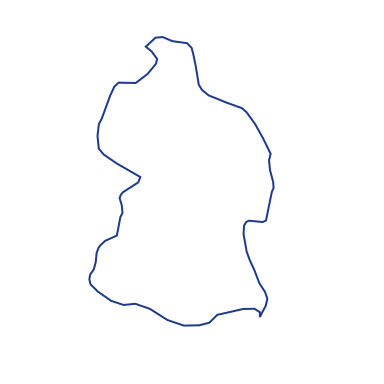 map outline of Rwanda (orthographic projection), rotated 115°
{"feature_id": "RWA", "entity_name": "Rwanda", "entity_type": "country or territory", "adm_level": 0, "iso_a3": "RWA", "parent_name": "Africa", "parent_adm1": "", "projection": "orthographic", "projection_center": [29.912, -1.936], "detail": "fine", "context": "isolated", "style": "outline", "palette": "blue", "viewbox_px": 384, "rotation_deg": 115, "n_neighbors": 0, "source": "natural_earth", "source_scale": "50m", "svg_char_len": 1136}
<svg xmlns="http://www.w3.org/2000/svg" viewBox="0 0 384 384"><g transform="rotate(115 192 192)"><path d="M153.8,119.8L158.1,119.7L186.5,112.9L189.3,115.1L193.9,128.2L196.3,130.2L200.3,130.6L208.2,127.6L222.9,117.3L229.2,111.0L236.7,102.2L246.3,92.3L251.7,83.6L256.9,78.6L263.8,77.1L271.4,77.5L276.6,77.6L272.3,79.7L271.4,86.0L276.4,96.2L292.7,117.2L303.1,121.0L309.8,129.2L316.5,142.9L318.4,160.1L315.7,180.8L317.3,196.2L323.3,206.3L324.8,219.4L322.0,235.4L318.5,245.0L314.4,248.2L309.8,249.4L303.5,248.3L295.9,249.7L287.5,252.7L282.3,253.1L279.1,252.6L272.9,250.0L263.2,241.7L245.1,246.3L240.2,246.2L233.6,250.1L228.2,255.0L224.9,255.3L221.6,254.6L206.0,244.8L200.3,245.2L197.9,272.7L195.3,288.0L192.1,294.8L181.0,301.4L169.8,305.1L163.6,304.8L138.9,306.9L129.3,306.9L123.9,304.7L117.0,289.1L103.9,282.2L91.3,278.9L86.2,279.8L81.7,288.0L79.8,295.3L67.6,290.3L64.0,284.1L63.6,273.6L59.2,259.3L61.6,253.2L66.4,249.2L76.5,241.7L91.9,231.2L95.2,226.2L97.4,217.8L96.4,198.4L94.9,182.1L96.7,176.2L103.7,163.6L113.1,150.6L124.1,136.9L130.7,135.6L139.4,130.4L148.6,122.7L153.8,119.8Z" fill="none" stroke="#1e3a8a" stroke-width="2"/></g></svg>